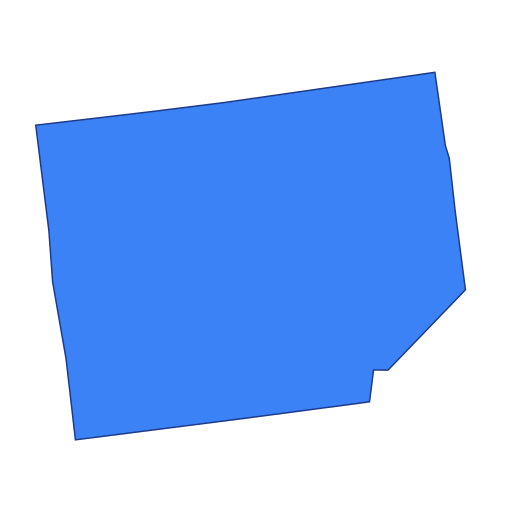 Washington, Missouri, United States of America (Natural Earth projection), rotated 82°
{"feature_id": "52423323B51296070216913", "entity_name": "Washington", "entity_type": "district", "adm_level": 2, "iso_a3": "USA", "parent_name": "United States of America", "parent_adm1": "Missouri", "projection": "natural_earth1", "projection_center": [-90.869, 37.97], "detail": "fine", "context": "isolated", "style": "filled", "palette": "blue", "viewbox_px": 512, "rotation_deg": 82, "n_neighbors": 0, "source": "geoboundaries", "source_scale": "gbopen_adm2", "svg_char_len": 376}
<svg xmlns="http://www.w3.org/2000/svg" viewBox="0 0 512 512"><g transform="rotate(82 256 256)"><path d="M95.8,455.9L202.3,457.6L253.2,461.0L331.4,458.4L412.9,460.4L415.2,286.1L415.3,273.7L416.2,163.9L385.2,155.4L387.4,141.2L318.6,53.3L238.4,52.5L186.4,51.0L172.9,53.1L99.0,53.3L99.6,266.9L98.4,342.4L95.8,455.9Z" fill="#3b82f6" stroke="#1e3a8a" stroke-width="1.5"/></g></svg>